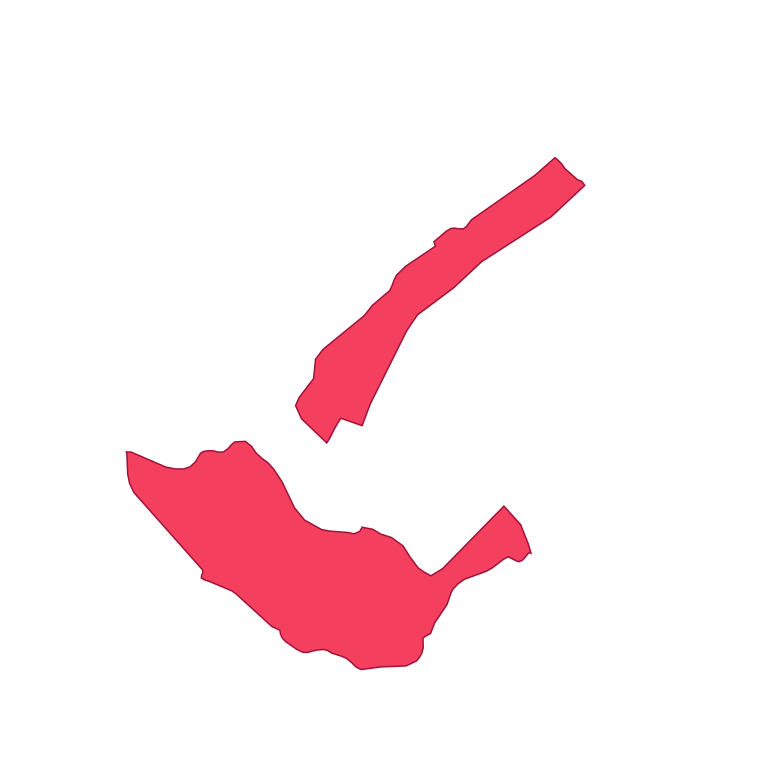 the Province of Sarangani, rotated 115°
{"feature_id": "PHL-2598", "entity_name": "Sarangani", "entity_type": "Province", "adm_level": 1, "iso_a3": "PHL", "parent_name": "Philippines", "parent_adm1": "", "projection": "mercator", "projection_center": [125.149, 6.009], "detail": "fine", "context": "isolated", "style": "filled", "palette": "rose", "viewbox_px": 768, "rotation_deg": 115, "n_neighbors": 0, "source": "natural_earth", "source_scale": "10m", "svg_char_len": 1948}
<svg xmlns="http://www.w3.org/2000/svg" viewBox="0 0 768 768"><g transform="rotate(115 384 384)"><path d="M554.5,588.8L552.6,584.6L551.5,546.6L549.1,537.1L545.8,529.9L541.2,524.9L534.4,522.0L524.3,521.0L521.7,519.4L518.9,515.4L516.7,510.4L515.8,505.8L513.6,500.9L508.6,498.1L503.1,496.5L499.5,494.7L494.6,485.5L496.5,477.7L500.7,470.5L503.0,463.1L504.5,455.6L507.9,447.8L515.8,435.0L534.2,412.6L540.9,398.5L542.3,379.2L540.3,371.2L533.8,353.8L532.4,347.8L527.9,343.7L522.8,343.2L522.7,341.8L520.4,332.8L521.4,323.9L520.0,312.3L522.7,298.3L530.2,286.6L536.3,275.1L537.5,268.0L538.0,260.5L526.5,252.8L473.7,234.2L444.0,223.7L453.7,200.8L467.8,185.8L475.3,179.2L475.5,181.2L477.3,181.9L481.2,182.8L485.3,184.1L488.0,186.5L488.4,189.2L488.1,198.4L492.4,201.6L504.6,208.0L510.3,212.0L526.9,228.5L533.7,232.4L540.4,234.7L545.0,235.0L557.1,233.7L579.3,237.1L590.5,236.4L594.2,239.2L597.7,241.3L606.7,236.9L611.8,236.0L617.0,236.3L621.4,237.6L630.2,244.9L641.7,267.2L652.5,284.1L652.2,290.0L650.1,295.8L648.5,302.2L648.7,307.7L650.0,317.7L649.4,322.8L650.1,326.5L653.0,331.6L656.6,336.4L659.4,339.4L661.4,343.8L661.4,350.9L659.2,363.7L658.0,367.2L656.3,370.0L654.0,372.4L651.3,374.2L651.2,374.3L651.2,383.2L636.7,429.5L635.8,434.6L636.8,459.8L637.4,464.1L637.0,467.6L634.4,468.4L631.1,468.5L629.0,470.2L588.1,564.7L581.7,572.5L581.1,573.0L573.8,578.3L556.6,587.2L554.5,588.8ZM461.6,411.0L450.4,444.0L441.0,455.0L431.8,455.2L409.0,450.1L390.5,456.5L378.6,454.0L330.1,430.7L317.4,427.7L296.9,418.3L291.2,418.3L285.3,418.8L280.0,418.6L268.2,414.2L237.3,395.6L234.0,398.9L219.3,392.2L214.7,389.0L212.9,385.9L211.6,381.5L209.8,377.6L206.5,375.9L198.1,374.1L131.3,335.5L106.6,324.7L107.7,320.5L109.7,315.5L112.7,310.5L112.6,310.1L117.1,295.2L116.7,290.5L119.1,286.0L162.3,303.4L231.8,347.2L267.3,361.5L307.2,382.9L326.0,385.9L407.9,388.0L431.0,386.2L433.3,408.7L444.0,409.9L456.6,410.3L461.6,411.0Z" fill="#f43f5e" stroke="#9f1239" stroke-width="1.5"/></g></svg>